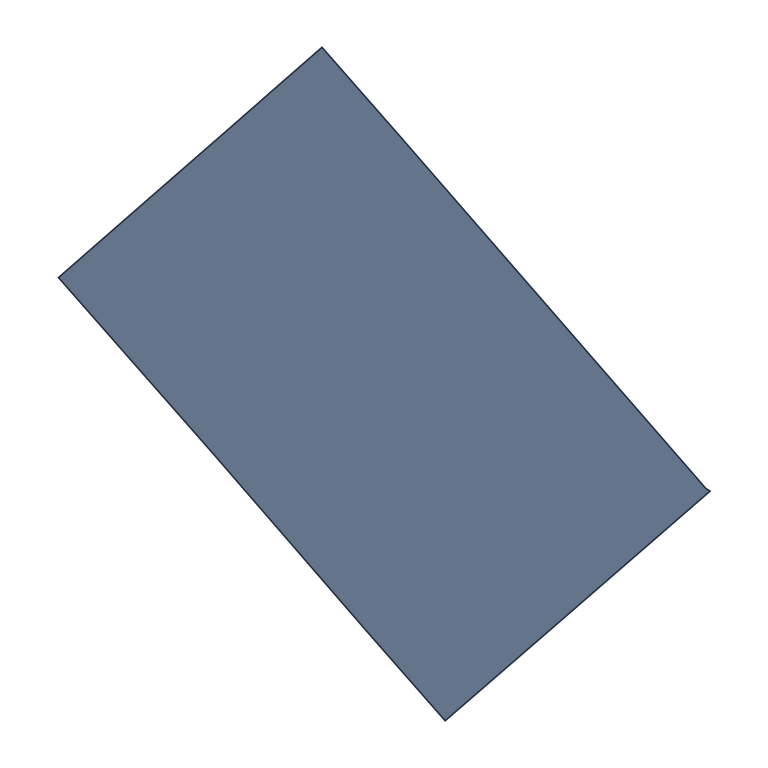 Harvey, Kansas, United States of America (Natural Earth projection), rotated 229°
{"feature_id": "52423323B99569096739159", "entity_name": "Harvey", "entity_type": "district", "adm_level": 2, "iso_a3": "USA", "parent_name": "United States of America", "parent_adm1": "Kansas", "projection": "natural_earth1", "projection_center": [-97.372, 38.043], "detail": "fine", "context": "isolated", "style": "filled", "palette": "slate", "viewbox_px": 768, "rotation_deg": 229, "n_neighbors": 0, "source": "geoboundaries", "source_scale": "gbopen_adm2", "svg_char_len": 358}
<svg xmlns="http://www.w3.org/2000/svg" viewBox="0 0 768 768"><g transform="rotate(229 384 384)"><path d="M89.7,209.2L89.4,344.9L89.2,559.9L94.0,558.4L560.0,558.6L678.8,558.1L678.7,500.3L678.6,499.5L678.7,488.3L678.6,486.4L678.4,440.9L678.2,324.2L677.9,208.1L443.5,209.3L207.3,208.7L89.7,209.2Z" fill="#64748b" stroke="#1e293b" stroke-width="1.5"/></g></svg>